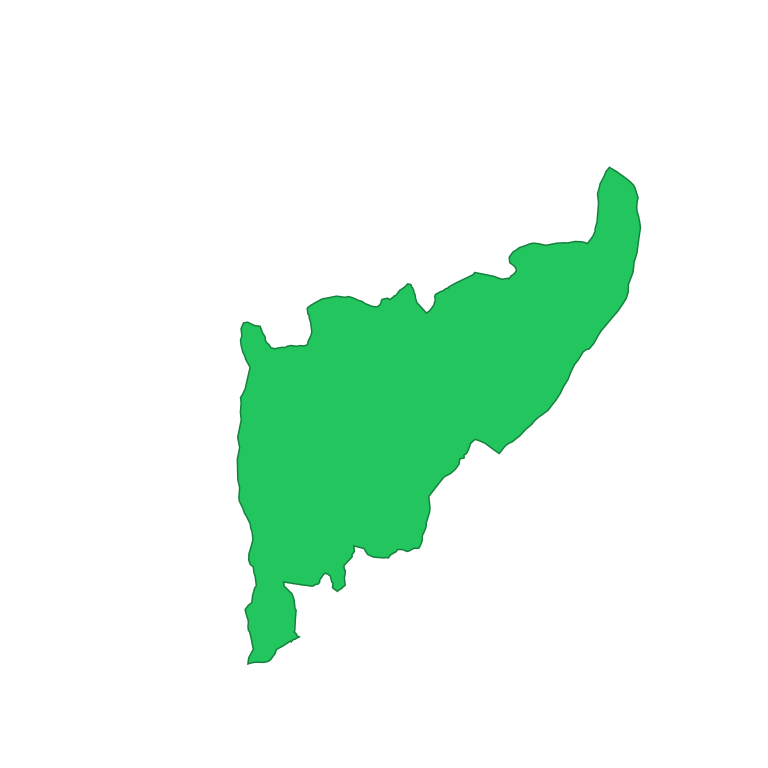 outline of Al-Minshat, Suhaj, Egypt, rotated 35°
{"feature_id": "37247803B33567976679520", "entity_name": "Al-Minshat", "entity_type": "district", "adm_level": 2, "iso_a3": "EGY", "parent_name": "Egypt", "parent_adm1": "Suhaj", "projection": "natural_earth1", "projection_center": [31.766, 26.464], "detail": "fine", "context": "isolated", "style": "filled", "palette": "green", "viewbox_px": 768, "rotation_deg": 35, "n_neighbors": 0, "source": "geoboundaries", "source_scale": "gbopen_adm2", "svg_char_len": 4809}
<svg xmlns="http://www.w3.org/2000/svg" viewBox="0 0 768 768"><g transform="rotate(35 384 384)"><path d="M518.3,374.9L518.8,365.3L520.1,361.4L522.2,357.8L525.0,348.3L525.3,345.9L526.1,340.1L528.2,332.0L528.4,328.2L529.4,323.3L531.6,317.1L533.5,311.3L533.7,304.9L534.0,299.9L534.1,299.6L534.1,299.4L533.8,290.3L532.6,283.9L532.1,274.6L530.3,267.4L528.9,258.6L529.3,252.8L528.7,243.5L529.8,240.1L532.0,237.5L532.6,230.3L531.6,221.2L531.4,215.2L532.0,209.7L532.4,204.5L533.0,197.5L533.8,190.4L533.7,183.7L533.7,181.8L533.4,175.3L531.4,168.9L527.0,162.0L525.0,153.8L523.6,148.9L519.0,140.8L516.2,131.9L511.6,123.1L504.3,108.7L500.2,104.3L496.3,100.6L492.2,97.4L489.6,94.2L487.1,90.0L485.2,85.6L481.5,82.8L477.4,79.6L474.5,78.0L469.6,77.1L462.3,76.7L452.8,76.6L444.5,77.2L444.4,77.2L444.0,82.5L444.6,85.1L445.2,87.9L446.2,96.1L447.4,98.9L447.8,100.0L449.8,105.7L453.5,109.9L455.9,112.7L460.8,120.9L463.2,125.1L465.6,129.2L468.0,136.1L469.2,137.4L470.3,142.9L470.1,152.4L468.9,152.4L465.1,153.7L458.8,157.6L453.6,163.0L452.4,163.8L449.8,165.6L444.7,169.6L440.9,173.6L437.0,177.6L430.7,180.2L425.7,182.8L423.1,185.5L420.5,189.5L416.6,194.8L415.3,198.9L414.0,201.6L413.9,204.0L413.9,205.7L413.9,208.4L416.3,211.2L417.5,212.5L421.3,212.6L422.4,212.7L423.8,212.7L426.3,214.1L427.5,215.5L427.4,219.6L426.1,222.3L426.1,223.5L426.0,226.3L424.8,226.3L420.9,230.3L417.1,231.6L412.1,232.8L403.2,236.7L394.4,240.6L394.3,243.4L385.2,259.5L381.3,267.6L381.3,268.9L380.0,270.3L378.7,274.3L377.4,275.7L374.8,281.1L375.4,283.4L376.0,283.9L378.4,286.4L378.4,287.9L379.6,290.7L379.5,293.4L379.4,297.5L378.1,301.5L364.4,298.5L360.7,295.7L358.2,293.0L355.8,291.6L354.5,290.2L352.1,288.8L350.8,288.7L349.6,287.3L348.3,287.3L345.8,288.6L345.7,291.3L344.4,295.4L343.1,298.1L343.0,302.2L343.0,304.9L341.7,306.2L341.7,307.6L340.3,311.6L337.8,311.6L334.0,315.6L333.9,317.0L335.1,319.7L335.1,322.4L333.8,325.1L331.2,326.4L328.7,327.7L327.5,327.7L322.4,329.0L318.7,328.9L314.9,330.2L308.6,331.4L304.8,332.7L302.3,335.4L298.3,337.4L297.2,338.0L294.7,339.3L292.1,342.0L288.3,346.0L284.4,350.0L281.8,355.3L279.2,360.7L278.3,363.3L277.8,364.8L277.8,366.2L279.0,367.5L281.5,370.3L282.7,370.3L285.2,373.1L288.9,375.9L291.3,378.7L293.8,381.4L295.0,382.8L296.2,385.6L297.3,392.4L298.5,395.1L298.5,396.5L295.9,399.2L293.4,400.5L290.8,403.2L285.8,405.8L283.2,408.4L281.9,411.1L279.4,412.4L275.5,416.5L274.3,417.8L270.5,419.1L266.8,417.6L264.3,417.6L261.8,416.2L259.3,413.4L255.6,412.0L249.4,407.8L244.4,410.4L236.8,411.6L233.9,414.6L235.2,420.7L237.7,423.5L240.1,426.3L241.3,430.4L245.0,434.5L249.9,438.7L254.8,441.5L256.1,442.9L264.8,447.2L270.4,461.2L273.1,467.7L274.2,474.6L274.2,477.3L277.8,481.4L282.7,489.7L287.6,495.2L291.2,503.5L294.8,511.7L302.1,518.7L303.1,520.8L306.9,529.6L313.0,537.9L319.1,546.2L325.3,551.8L330.1,560.0L332.5,562.8L340.0,567.0L343.7,569.8L347.4,571.3L354.8,575.5L357.3,578.3L361.0,581.1L365.9,586.6L369.4,596.2L370.6,600.3L374.2,605.8L377.9,608.6L381.7,608.7L385.4,612.9L389.1,615.7L395.2,622.6L395.1,625.3L397.5,632.2L401.1,639.0L400.5,640.8L399.8,643.1L399.7,647.2L399.6,648.5L404.6,652.7L408.3,655.5L409.5,656.9L411.9,661.0L414.4,663.8L415.6,663.8L420.5,668.0L429.1,676.3L430.2,685.9L433.1,691.4L435.2,688.7L437.8,686.0L441.6,683.4L445.4,680.8L446.6,679.4L447.9,678.1L449.2,675.4L449.3,672.7L449.3,671.3L449.4,667.3L448.2,663.2L452.1,655.1L454.8,648.3L456.0,648.4L456.1,645.6L457.4,644.3L459.6,639.7L457.5,640.2L455.0,638.8L453.7,638.8L452.8,638.8L452.5,637.4L446.5,627.8L441.6,619.5L440.4,619.5L437.9,616.7L435.5,613.9L434.3,612.5L430.6,609.7L428.1,608.3L426.8,608.3L418.1,606.8L416.9,605.4L415.3,603.8L433.4,594.9L435.9,593.5L441.0,590.9L442.2,589.6L442.3,588.2L444.8,585.6L444.9,584.2L444.9,582.9L443.7,581.5L443.8,573.3L446.4,572.0L448.9,572.1L450.1,572.1L455.0,576.3L456.3,576.3L458.7,580.4L459.9,580.5L464.9,580.6L465.0,579.2L466.3,576.5L467.6,571.1L466.4,569.7L464.0,567.0L462.8,565.6L461.6,562.8L459.1,558.7L457.9,558.7L456.7,557.3L455.4,555.9L455.5,554.5L456.9,545.0L457.0,543.7L455.7,542.3L455.8,539.6L455.8,538.2L454.6,536.8L452.1,533.9L462.2,530.2L464.7,531.6L468.4,533.0L474.7,531.8L483.6,526.6L484.9,525.2L487.4,523.9L487.4,521.2L487.5,519.9L490.1,514.5L490.1,511.8L493.9,509.1L499.0,507.9L500.2,506.5L501.6,503.8L502.9,501.2L505.4,499.8L506.7,498.5L506.7,497.2L505.6,491.7L504.4,488.9L503.1,487.6L502.0,484.8L502.0,483.5L500.8,478.0L499.6,475.3L498.4,473.9L494.9,462.9L492.5,458.8L491.3,457.4L485.2,450.5L485.5,443.7L486.2,430.1L486.4,427.4L486.5,425.7L489.2,420.4L489.9,419.1L491.4,412.5L491.4,409.8L491.4,408.4L491.4,406.5L489.7,403.1L489.0,401.8L490.2,400.6L491.5,399.2L492.1,398.5L490.3,396.5L491.5,393.2L491.1,390.8L490.2,386.7L489.3,384.2L489.0,383.4L489.7,379.7L490.4,377.1L494.2,375.9L500.5,374.6L504.2,374.7L511.7,374.9L518.3,374.9Z" fill="#22c55e" stroke="#15803d" stroke-width="1.5"/></g></svg>